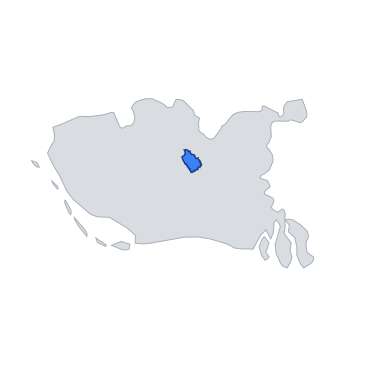 location of Ede, Gelderland, Netherlands, rotated 248°
{"feature_id": "6326949B43393941245933", "entity_name": "Ede", "entity_type": "district", "adm_level": 2, "iso_a3": "NLD", "parent_name": "Netherlands", "parent_adm1": "Gelderland", "projection": "orthographic", "projection_center": [5.671, 52.072], "detail": "fine", "context": "in_parent", "style": "filled", "palette": "blue", "viewbox_px": 384, "rotation_deg": 248, "n_neighbors": 0, "source": "geoboundaries", "source_scale": "gbopen_adm2", "svg_char_len": 5389}
<svg xmlns="http://www.w3.org/2000/svg" viewBox="0 0 384 384"><g transform="rotate(248 192 192)"><path d="M236.8,328.9L230.7,328.7L225.0,328.5L222.0,328.0L218.8,326.6L218.7,326.6L217.3,323.6L215.5,320.1L216.0,317.9L221.3,311.6L222.1,309.9L221.6,309.0L222.1,306.3L226.2,297.0L226.7,293.2L224.9,290.6L222.2,289.1L213.7,286.3L209.6,282.4L207.7,279.0L205.9,278.1L203.0,279.2L196.0,280.5L190.2,278.6L183.5,272.1L182.0,266.4L181.2,262.0L179.5,260.4L177.2,262.7L174.3,266.2L168.6,266.6L167.0,265.7L166.7,263.8L166.4,261.9L164.9,259.5L163.2,258.2L155.9,264.7L153.2,264.6L149.9,262.0L148.3,259.5L144.5,260.9L141.2,263.9L142.2,269.6L140.4,270.7L136.3,270.1L131.7,267.6L126.5,266.1L118.8,261.9L107.8,264.9L100.3,260.8L94.0,260.3L90.1,257.1L86.0,251.8L89.1,248.5L92.1,247.4L103.6,247.0L112.0,249.3L126.8,260.9L130.6,260.9L134.7,259.6L132.7,256.5L128.9,254.9L123.4,251.8L119.0,247.4L129.5,246.3L128.1,244.0L126.8,240.3L116.1,226.9L118.0,223.4L121.0,215.9L124.6,209.7L127.3,208.0L131.9,203.7L142.0,190.8L148.3,180.2L153.1,167.6L160.4,132.8L162.4,126.9L165.7,120.3L169.7,121.6L172.5,123.5L182.5,118.7L199.5,105.9L204.6,94.7L209.5,89.5L228.9,79.4L239.6,76.3L256.0,75.4L267.9,73.5L282.2,72.6L287.8,78.8L291.0,83.3L296.2,85.8L304.1,87.3L303.8,96.4L304.3,114.2L303.8,117.4L300.3,125.0L296.8,138.6L295.9,147.5L294.8,149.2L279.6,149.4L277.4,151.0L277.1,152.9L277.9,155.2L277.6,157.5L276.4,159.3L277.1,162.3L279.8,165.6L284.7,167.6L289.9,167.7L292.5,167.2L294.5,169.6L296.5,173.2L296.5,177.9L295.8,184.1L293.5,189.9L286.5,196.7L283.3,199.0L280.3,200.3L278.9,202.1L278.3,204.3L278.5,206.3L283.6,211.5L283.5,212.7L282.1,215.5L280.2,218.1L267.1,223.7L261.7,223.4L258.6,226.1L257.6,226.6L254.2,224.2L246.5,221.4L243.6,222.4L242.0,223.9L237.2,225.9L233.7,228.9L233.7,232.7L239.9,242.6L242.1,244.5L242.2,248.2L245.2,252.8L248.3,258.6L248.7,262.3L248.3,266.1L246.8,271.4L241.5,283.8L241.4,286.2L241.9,288.0L243.8,288.5L245.2,289.4L244.8,291.1L234.7,299.8L233.4,301.3L229.2,300.9L228.5,302.3L229.1,304.6L230.8,306.7L234.4,307.7L237.5,309.9L240.0,314.2L236.8,328.9ZM131.7,267.6L130.7,271.2L128.4,275.1L120.4,280.6L112.1,284.2L107.8,283.6L105.0,281.6L103.5,279.5L99.1,277.4L93.1,276.2L89.3,278.2L86.6,280.2L84.2,279.8L82.5,278.0L81.2,275.4L79.7,267.1L84.3,265.7L94.0,265.5L101.4,268.5L111.3,270.2L119.0,266.4L124.8,269.9L131.7,267.6ZM116.0,233.7L121.7,239.0L122.9,240.7L123.3,242.5L115.9,244.4L108.3,237.8L103.1,239.2L101.3,236.1L101.3,234.3L106.6,232.8L116.0,233.7ZM172.6,108.1L166.8,114.8L163.4,112.9L162.4,111.3L164.2,106.1L172.7,97.4L172.6,108.1ZM197.8,78.4L192.5,79.1L190.1,77.7L202.9,74.0L211.0,72.9L212.4,73.4L197.8,78.4ZM232.0,71.4L220.8,73.0L217.1,71.8L216.4,70.7L219.5,70.1L229.0,69.9L231.9,70.9L232.0,71.4ZM185.4,85.7L174.9,92.6L174.0,91.4L180.8,85.4L185.4,85.7ZM277.4,59.3L272.2,59.7L273.7,57.1L278.5,55.2L281.1,55.1L277.4,59.3ZM254.8,66.4L246.9,69.7L245.0,69.0L245.5,68.1L252.4,66.0L254.8,66.4Z" fill="#d9dde1" stroke="#a8b0b8" stroke-width="1"/><path d="M227.6,195.7L224.1,195.7L223.4,195.7L222.7,196.1L221.6,196.0L220.4,196.2L220.3,196.3L220.4,196.5L220.3,196.8L220.4,197.0L220.1,197.1L219.4,197.2L219.3,197.3L219.2,197.3L219.1,197.2L218.8,197.2L218.7,197.1L218.4,197.1L218.3,197.3L218.2,197.4L218.1,197.6L217.9,197.6L217.7,197.4L217.3,197.3L217.2,197.4L217.1,197.5L216.8,197.6L216.6,197.5L216.4,197.6L216.2,197.7L216.0,197.8L216.0,197.7L215.9,197.7L215.7,197.7L215.4,197.8L215.0,197.8L214.8,198.0L214.7,198.0L214.3,198.0L214.2,198.0L213.9,198.2L213.7,198.2L213.7,198.3L213.6,198.2L213.4,198.2L213.1,198.3L212.8,198.3L212.7,198.3L212.4,198.5L212.0,198.7L211.9,198.7L211.6,198.5L211.4,198.5L211.5,198.6L211.4,198.6L211.4,198.8L211.3,198.6L211.2,198.5L210.9,198.9L210.6,199.3L210.4,199.4L210.4,199.5L210.2,199.5L210.5,200.5L210.4,200.9L210.4,201.0L210.6,201.1L210.6,201.3L210.6,201.6L210.6,201.8L210.8,201.9L210.7,202.0L210.8,202.0L211.0,202.1L210.9,202.2L210.9,202.3L211.0,202.4L211.0,202.5L211.0,203.2L210.9,203.4L210.9,203.5L211.0,203.6L210.9,203.7L210.9,203.8L210.9,204.1L210.9,204.3L210.9,204.5L210.8,204.8L210.8,205.0L210.8,205.3L210.8,205.5L211.5,205.6L211.5,205.8L211.5,206.0L211.4,206.1L211.3,206.3L211.7,206.4L212.3,206.7L212.5,206.8L212.7,207.0L212.5,207.4L212.5,207.5L212.5,208.0L212.6,208.6L212.5,208.8L212.5,209.0L212.4,209.0L212.5,209.1L212.7,209.3L212.7,209.5L212.7,209.8L212.8,210.0L213.0,210.2L213.1,210.3L213.3,210.5L213.5,210.7L213.6,210.4L214.1,210.2L214.4,210.8L214.7,210.6L214.8,210.8L215.2,210.6L215.3,210.7L215.4,210.9L215.9,210.7L215.9,210.8L216.4,210.6L216.5,210.8L216.9,210.6L217.0,210.7L217.3,210.6L217.5,210.7L217.6,210.9L217.6,211.0L217.8,210.9L218.1,210.9L218.1,210.7L218.3,210.7L218.5,210.6L219.4,210.4L220.5,210.1L220.9,210.1L221.0,210.1L221.1,209.9L221.2,210.0L221.2,209.9L221.1,209.7L221.3,209.5L221.3,209.4L221.3,209.2L221.3,208.9L221.4,208.7L221.5,208.7L221.6,208.4L222.0,208.2L222.3,208.1L222.8,208.1L223.2,208.1L223.3,208.1L223.6,208.0L224.0,208.0L224.5,208.1L224.8,208.0L225.0,208.1L225.3,207.9L225.5,207.9L226.2,207.1L226.5,206.7L227.2,205.7L227.9,205.2L228.4,205.2L229.7,205.4L230.7,205.4L230.7,204.3L230.7,204.2L231.3,204.2L233.2,202.9L233.4,202.7L233.5,202.7L233.4,202.7L233.6,201.5L233.7,201.0L233.8,200.6L233.5,200.7L232.8,200.6L232.4,200.6L232.1,200.6L231.4,200.6L230.8,200.2L229.8,200.0L229.4,199.2L229.1,198.7L228.7,198.2L228.6,197.3L228.5,196.8L228.5,196.7L228.5,196.4L228.4,196.0L227.6,195.7Z" fill="#3b82f6" stroke="#1e3a8a" stroke-width="1.5"/></g></svg>